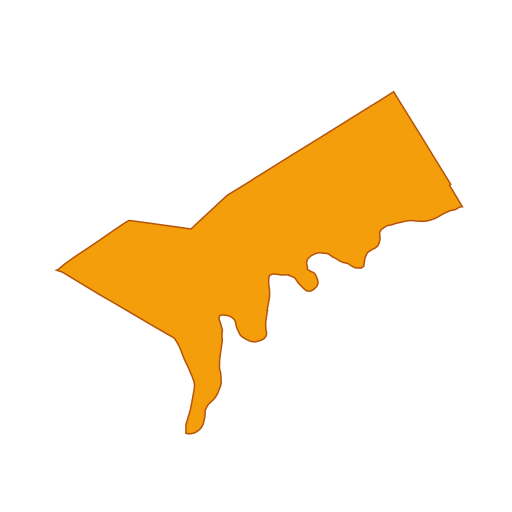 outline of Walkerville, South Australia, Australia, rotated 11°
{"feature_id": "25037944B33474506304148", "entity_name": "Walkerville", "entity_type": "district", "adm_level": 2, "iso_a3": "AUS", "parent_name": "Australia", "parent_adm1": "South Australia", "projection": "mercator", "projection_center": [138.618, -34.894], "detail": "fine", "context": "isolated", "style": "filled", "palette": "amber", "viewbox_px": 512, "rotation_deg": 11, "n_neighbors": 0, "source": "geoboundaries", "source_scale": "gbopen_adm2", "svg_char_len": 5000}
<svg xmlns="http://www.w3.org/2000/svg" viewBox="0 0 512 512"><g transform="rotate(11 256 256)"><path d="M221.0,443.4L223.5,443.5L226.4,442.7L229.4,441.4L231.3,439.8L233.6,437.2L234.8,435.5L235.3,434.0L236.3,431.0L236.5,423.3L236.3,422.0L236.2,420.9L235.5,417.6L236.8,412.5L237.8,410.3L238.5,409.2L240.8,406.3L242.2,404.1L242.9,402.9L243.2,402.2L243.7,400.8L244.1,399.6L244.5,398.5L245.0,396.1L245.2,394.8L245.7,392.1L245.9,390.8L246.0,390.2L246.0,389.4L246.1,388.7L246.0,388.2L246.0,387.4L245.7,385.6L244.9,382.3L244.8,381.9L244.4,380.2L243.8,378.3L243.5,377.4L242.9,376.0L242.7,375.7L242.1,374.5L241.7,373.4L241.4,372.4L241.3,371.5L241.2,371.1L241.1,370.6L240.8,369.0L240.5,367.2L240.2,365.3L240.0,363.5L239.7,358.3L239.7,357.5L239.6,355.7L239.3,350.6L239.2,346.7L238.7,343.8L238.6,343.4L238.4,342.8L238.1,342.1L237.9,341.6L237.7,340.4L237.5,339.5L237.5,339.1L237.4,338.5L237.4,337.3L237.4,337.0L237.3,336.5L237.3,336.0L237.1,335.3L236.9,334.5L236.8,334.2L236.7,334.0L236.2,333.2L235.9,332.6L235.5,331.8L235.4,331.5L234.0,328.9L233.5,327.9L233.1,327.3L232.9,326.9L232.7,326.6L232.6,326.4L232.1,325.6L232.0,325.3L231.9,325.2L231.7,324.5L231.7,324.2L231.4,323.0L231.5,322.5L231.5,322.3L231.5,322.1L231.6,321.9L231.7,321.7L231.8,321.5L232.0,321.4L232.2,321.2L232.4,321.1L232.6,321.0L232.8,320.8L233.4,320.6L233.8,320.5L234.6,320.3L235.3,320.2L236.5,320.1L236.9,320.0L237.1,320.0L237.8,320.0L238.0,320.0L238.7,319.9L238.9,319.8L239.2,319.9L239.6,319.9L240.7,320.0L241.7,320.2L242.7,320.4L243.0,320.6L243.5,320.7L244.3,321.0L244.5,321.2L244.9,321.4L245.2,321.5L245.7,321.8L246.6,322.5L246.8,322.6L247.4,323.2L247.5,323.4L247.6,323.6L248.0,324.0L248.3,324.4L248.5,324.7L248.6,325.0L248.8,325.6L248.9,325.9L249.2,326.6L249.4,327.2L249.9,328.3L250.1,328.6L250.2,328.9L250.4,329.2L250.4,329.3L250.8,330.0L251.0,330.2L251.3,330.7L251.4,330.8L251.5,331.0L251.7,331.4L252.3,332.2L252.4,332.4L252.6,332.7L252.8,332.9L252.9,333.1L253.1,333.3L253.3,333.7L253.5,333.9L253.8,334.2L253.9,334.5L254.2,334.8L254.4,335.0L254.5,335.2L254.7,335.5L255.2,336.0L255.7,336.7L256.0,336.9L256.4,337.2L258.5,338.3L261.7,339.5L266.2,340.7L269.4,340.8L272.2,340.3L277.0,337.8L279.6,335.7L281.1,333.0L281.3,330.8L280.7,328.6L279.5,325.5L278.2,319.7L277.8,311.5L277.7,308.5L277.8,307.1L277.1,307.0L277.2,304.9L277.3,301.5L277.2,300.7L277.2,297.6L277.2,295.1L277.0,293.3L276.7,291.1L276.1,288.1L275.3,285.3L274.3,282.8L273.5,279.6L272.9,276.7L272.8,274.4L272.9,272.9L273.5,272.1L274.3,271.4L275.4,270.8L277.3,270.1L279.1,270.1L280.9,269.9L283.5,269.8L285.3,269.7L288.2,268.9L291.8,268.3L291.9,268.8L293.3,268.9L295.7,269.4L298.3,270.1L300.6,272.4L302.6,274.2L304.7,276.0L306.6,277.2L309.2,279.0L311.8,280.3L313.1,280.6L314.0,280.5L316.1,280.1L317.4,279.3L318.6,278.2L320.9,275.2L321.7,273.6L322.1,271.2L321.5,268.6L320.2,266.2L319.6,265.3L318.0,263.1L316.9,262.1L315.7,261.3L313.2,260.8L309.6,259.6L308.9,259.1L308.7,257.2L307.3,254.1L306.9,252.7L307.1,250.5L307.3,249.2L307.7,248.4L309.6,245.7L311.7,243.9L315.0,241.7L317.9,240.6L323.2,240.3L324.1,239.9L325.3,240.0L327.7,240.6L331.6,242.4L333.8,242.9L336.7,243.8L338.9,244.9L342.8,245.7L344.3,245.7L347.8,245.9L351.3,247.4L354.8,248.5L355.3,248.6L356.5,248.6L358.3,248.2L360.8,248.0L361.6,247.7L363.3,246.1L363.7,245.3L363.4,238.0L363.4,236.9L364.5,232.1L365.9,230.1L369.9,226.5L371.2,225.7L372.1,224.8L373.8,222.4L374.1,220.9L374.4,219.1L374.5,218.5L374.5,215.3L373.0,210.2L373.2,208.1L374.1,205.9L376.6,203.3L378.7,201.3L383.7,199.3L386.7,197.5L390.5,195.8L392.1,195.1L396.3,193.2L400.2,191.9L402.9,191.4L406.2,191.1L409.0,190.8L411.7,190.4L413.9,189.9L416.7,189.1L419.9,187.7L422.4,186.3L425.0,184.7L427.0,183.0L429.8,180.6L431.6,179.0L432.4,178.4L435.2,176.3L438.0,174.5L439.9,173.6L441.4,173.0L442.7,172.5L443.6,171.7L445.6,169.9L446.3,169.3L447.8,168.7L448.9,168.2L449.1,168.2L442.7,161.0L439.3,157.3L437.6,155.3L432.5,149.8L433.5,148.5L422.1,136.1L410.2,123.2L402.9,115.2L395.4,107.0L387.7,98.7L376.2,86.3L373.0,82.8L368.1,77.6L359.8,68.5L356.7,71.4L345.2,82.2L339.5,87.4L335.0,91.6L331.2,95.1L330.3,96.0L322.9,102.8L322.5,103.2L317.6,107.8L311.1,113.8L299.6,124.5L295.4,128.5L294.0,129.8L293.8,129.9L273.7,148.4L267.9,153.8L263.1,158.3L254.7,166.1L247.3,173.0L243.4,176.6L241.4,178.4L236.8,182.9L227.3,191.7L225.2,193.6L216.5,201.6L214.8,203.8L209.3,211.2L205.5,216.5L198.5,226.1L195.7,229.9L190.2,237.5L187.0,241.9L180.6,242.2L172.3,242.6L158.4,243.4L152.6,243.7L143.3,244.2L131.3,244.9L124.7,245.3L122.3,247.2L116.2,253.2L109.6,259.9L103.5,266.1L101.4,268.3L91.9,277.9L79.8,289.8L70.6,299.4L70.3,299.7L64.3,307.1L62.9,308.0L69.1,308.8L108.0,323.1L108.4,323.3L127.7,329.9L141.2,334.7L170.7,345.1L184.2,349.7L191.5,352.2L194.9,355.8L196.3,357.4L197.9,359.4L200.0,362.5L205.0,370.6L210.6,378.0L211.9,380.0L216.1,386.2L217.6,388.7L218.9,390.9L219.8,392.9L220.4,395.1L220.6,396.8L220.7,399.0L220.8,403.1L220.9,410.4L220.9,412.2L220.9,418.6L220.7,421.6L220.6,423.4L220.2,425.8L220.0,429.0L219.4,434.9L221.0,443.4Z" fill="#f59e0b" stroke="#b45309" stroke-width="1.5"/></g></svg>